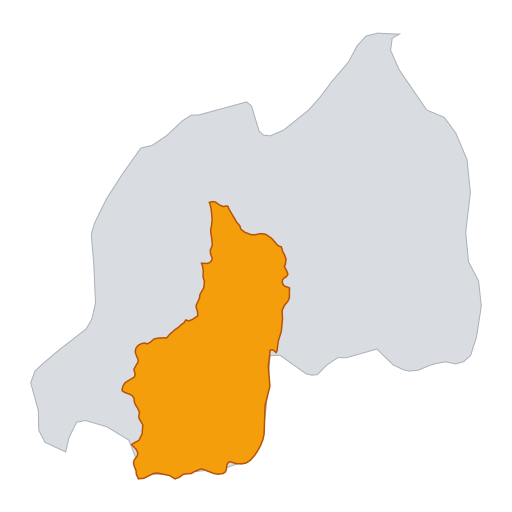 Rwanda, with Southern highlighted
{"feature_id": "RWA-3491", "entity_name": "Southern", "entity_type": "Province", "adm_level": 1, "iso_a3": "RWA", "parent_name": "Rwanda", "parent_adm1": "", "projection": "robinson", "projection_center": [29.673, -2.278], "detail": "fine", "context": "in_parent", "style": "filled", "palette": "amber", "viewbox_px": 512, "rotation_deg": 0, "n_neighbors": 0, "source": "natural_earth", "source_scale": "10m", "svg_char_len": 3802}
<svg xmlns="http://www.w3.org/2000/svg" viewBox="0 0 512 512"><path d="M191.2,115.2L198.5,115.0L246.7,101.9L251.5,106.0L259.2,131.3L263.3,135.0L270.1,135.9L283.6,130.1L308.3,110.3L319.2,98.3L331.9,81.4L348.2,62.3L357.2,45.7L366.1,36.0L377.7,33.1L390.6,33.8L399.5,34.1L392.2,38.1L390.6,50.3L399.1,69.7L426.7,110.0L444.3,117.4L455.8,133.1L467.0,159.5L470.4,192.5L465.7,232.2L468.5,261.7L478.6,281.0L481.3,306.2L476.5,337.0L470.6,355.5L463.7,361.6L455.8,363.9L445.2,361.8L432.2,364.4L418.1,370.2L409.2,371.1L403.7,369.9L393.3,365.0L376.8,349.0L346.1,357.8L337.8,357.6L326.6,365.2L317.4,374.6L311.8,375.2L306.2,373.9L279.7,355.1L270.1,355.7L266.1,408.6L261.7,437.9L256.2,451.0L237.3,463.7L218.3,470.8L207.8,470.3L166.0,474.3L149.6,474.3L140.6,470.0L128.8,440.1L106.6,426.7L85.3,420.5L76.6,422.2L68.9,437.9L65.7,452.0L45.0,442.3L38.8,430.5L38.3,410.4L30.7,382.8L34.9,371.1L43.0,363.5L60.2,349.0L86.2,328.9L91.8,319.2L95.5,303.2L93.9,266.0L91.3,234.6L94.4,223.4L106.3,199.1L122.3,174.2L140.9,148.0L152.2,145.4L166.9,135.4L182.5,120.7L191.2,115.2Z" fill="#d9dde1" stroke="#a8b0b8" stroke-width="1"/><path d="M276.0,352.6L274.5,351.1L272.7,349.9L270.4,350.0L269.8,351.4L269.8,353.8L268.3,366.7L269.9,386.2L265.1,405.3L264.2,431.2L264.1,434.0L262.9,439.6L260.7,445.1L258.0,450.3L255.0,454.9L250.5,460.1L246.3,462.9L241.8,463.9L236.2,463.7L231.2,462.0L228.7,462.0L227.0,464.4L226.3,469.7L225.3,472.0L223.1,473.5L218.2,474.2L213.9,473.5L204.7,470.0L202.3,469.1L200.7,469.0L194.0,471.8L192.4,472.9L190.6,473.7L188.3,473.6L183.4,474.3L179.2,477.3L175.0,478.9L169.8,475.6L161.7,473.9L157.4,473.0L153.4,473.5L143.8,478.3L138.3,478.8L136.3,474.0L136.1,470.9L134.0,465.6L133.5,462.7L134.2,460.0L137.3,455.8L137.8,452.9L136.5,449.8L131.6,444.6L131.6,444.4L135.8,441.9L136.9,441.5L138.9,440.3L142.1,433.9L142.8,424.8L140.2,420.4L139.1,418.5L138.8,416.8L139.1,414.4L139.5,412.0L138.6,410.4L137.5,407.9L135.8,405.4L134.4,402.2L134.0,398.4L132.1,395.6L129.1,394.0L125.0,392.6L122.3,390.9L122.1,389.2L123.1,385.9L125.0,382.7L129.7,379.8L134.3,377.0L135.2,374.7L134.5,371.8L133.9,369.4L135.7,366.0L138.0,362.0L138.2,359.7L136.6,356.2L135.2,352.0L135.8,348.6L138.0,345.5L141.4,343.6L144.7,343.0L147.2,343.9L150.1,342.4L154.2,338.9L158.7,338.0L162.6,337.9L165.2,337.8L166.6,338.0L169.8,334.2L175.4,329.3L178.4,327.4L180.8,325.0L183.7,323.0L184.9,321.4L185.9,319.9L187.1,320.4L188.5,321.0L190.1,320.3L191.9,319.7L193.5,318.7L195.9,317.1L197.7,316.0L197.6,312.5L196.8,309.0L196.1,307.5L196.3,304.9L198.4,300.6L199.7,297.1L199.7,295.3L200.5,293.7L201.0,292.4L202.1,290.7L203.7,288.0L204.0,285.6L204.2,283.4L204.5,281.3L203.8,279.6L203.0,276.8L203.3,271.4L202.5,265.9L201.5,263.3L203.7,263.3L207.1,263.5L209.7,262.6L211.7,260.5L212.2,257.8L211.2,255.8L210.4,253.0L210.3,250.1L211.2,248.2L212.3,244.9L211.7,238.2L210.7,232.0L210.7,229.0L211.5,226.0L212.1,219.0L211.3,210.5L210.5,205.9L209.8,203.4L209.3,202.4L210.6,202.0L213.1,201.6L215.6,202.1L219.3,204.9L223.5,206.6L226.3,206.0L228.0,206.3L228.8,208.7L231.1,212.7L234.1,217.7L236.7,222.3L239.8,225.7L240.9,229.3L245.1,232.4L251.2,234.7L255.5,234.7L260.0,233.7L263.9,233.8L266.6,234.8L268.1,236.0L269.9,237.1L271.5,238.3L272.9,239.8L274.8,241.9L276.9,244.5L279.1,246.2L280.9,246.6L281.4,247.0L281.3,247.3L281.8,248.2L282.4,250.3L283.0,252.3L283.5,253.1L284.2,254.1L284.8,255.7L285.5,257.6L286.1,259.4L285.8,260.5L285.7,261.0L285.7,261.9L285.5,263.5L285.1,265.1L284.3,266.4L286.4,270.2L287.9,274.1L286.8,276.0L286.1,277.0L284.3,277.8L282.6,279.7L282.2,282.2L283.5,285.2L285.5,286.6L286.4,286.7L287.7,287.2L289.1,287.7L289.6,288.1L289.4,290.6L289.4,295.2L289.3,298.1L287.9,301.2L284.5,305.3L282.1,310.5L282.5,318.9L281.3,331.3L278.6,340.1L278.5,340.5L278.4,341.0L277.6,345.7L277.1,350.6L276.8,351.2L276.5,351.9L276.0,352.6Z" fill="#f59e0b" stroke="#b45309" stroke-width="1.5"/></svg>